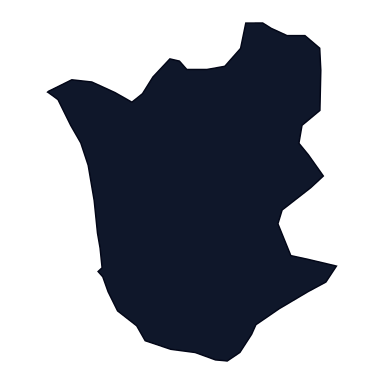 the district of Vännäs, Västerbotten, Sweden
{"feature_id": "70781695B10556345050301", "entity_name": "Vännäs", "entity_type": "district", "adm_level": 2, "iso_a3": "SWE", "parent_name": "Sweden", "parent_adm1": "Västerbotten", "projection": "albers", "projection_center": [19.683, 63.961], "detail": "fine", "context": "isolated", "style": "filled", "palette": "ink", "viewbox_px": 384, "rotation_deg": 0, "n_neighbors": 0, "source": "geoboundaries", "source_scale": "gbopen_adm2", "svg_char_len": 816}
<svg xmlns="http://www.w3.org/2000/svg" viewBox="0 0 384 384"><path d="M98.1,271.5L102.8,276.8L108.1,291.7L117.6,310.9L136.7,325.8L145.2,340.7L170.8,349.3L195.2,352.5L215.5,359.9L224.8,360.7L227.2,361.0L239.9,352.4L251.6,334.3L255.9,324.7L279.2,308.7L307.9,291.7L325.9,282.0L336.4,266.1L309.9,259.8L290.8,255.6L277.9,223.8L282.1,210.0L310.7,187.7L323.3,176.0L308.4,154.9L298.9,143.3L302.0,125.3L319.9,110.4L320.8,70.3L319.7,48.2L304.9,35.6L287.0,35.6L271.1,28.3L262.7,23.0L246.3,23.1L245.8,23.1L240.6,48.4L224.8,66.3L206.9,69.5L186.8,69.5L179.4,61.1L169.9,58.9L153.0,76.9L142.5,93.7L131.9,102.2L115.0,92.6L91.8,82.0L71.8,79.8L48.5,91.3L47.6,92.1L48.6,92.7L58.0,99.6L70.7,125.3L80.8,142.9L88.2,165.3L94.2,200.6L97.5,233.1L100.1,248.1L102.1,267.8L98.1,271.5Z" fill="#0f172a" stroke="#020617" stroke-width="1.5"/></svg>